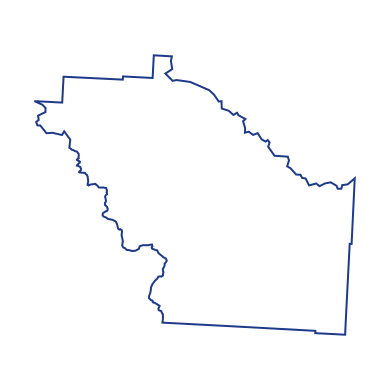 the district of Meagher, Montana, United States of America, rotated 3°
{"feature_id": "52423323B38602256292378", "entity_name": "Meagher", "entity_type": "district", "adm_level": 2, "iso_a3": "USA", "parent_name": "United States of America", "parent_adm1": "Montana", "projection": "natural_earth1", "projection_center": [-111.14, 46.636], "detail": "fine", "context": "isolated", "style": "outline", "palette": "blue", "viewbox_px": 384, "rotation_deg": 3, "n_neighbors": 0, "source": "geoboundaries", "source_scale": "gbopen_adm2", "svg_char_len": 3008}
<svg xmlns="http://www.w3.org/2000/svg" viewBox="0 0 384 384"><g transform="rotate(3 192 192)"><path d="M352.4,326.5L352.3,315.7L352.2,235.5L354.1,235.5L353.8,169.8L347.0,176.3L341.7,177.2L340.9,180.9L337.3,181.1L336.0,178.2L330.0,175.1L324.3,176.5L319.1,179.5L315.5,177.0L308.6,179.3L304.7,172.5L301.3,172.2L299.3,169.1L295.1,169.1L289.1,163.1L285.7,161.4L287.2,155.3L285.8,151.7L272.5,151.5L265.7,142.8L266.9,138.4L264.9,136.2L262.8,137.8L258.8,135.8L254.5,129.8L250.0,131.8L245.5,128.8L241.8,130.0L241.7,125.5L239.3,118.6L241.5,116.4L234.4,112.9L232.8,110.5L229.3,112.9L224.6,109.0L217.4,107.1L216.7,99.8L213.9,100.2L209.1,93.9L204.0,89.5L184.5,82.2L170.8,81.0L166.8,82.0L159.2,75.1L165.8,70.3L164.1,62.2L164.8,57.6L146.7,57.5L146.7,80.2L117.1,80.2L117.0,83.4L57.7,83.6L57.7,109.5L29.9,109.5L37.9,112.6L41.4,115.8L41.4,119.9L34.3,123.8L35.1,128.0L32.7,130.3L34.2,133.6L37.0,133.5L43.6,140.9L49.6,140.2L59.2,141.9L61.2,138.1L67.7,146.1L67.2,154.3L68.2,154.8L70.0,156.2L70.9,156.3L71.9,156.6L73.0,157.3L75.0,157.7L76.1,159.1L76.8,159.8L77.0,161.4L76.9,163.4L76.7,163.7L76.7,164.2L76.9,164.3L76.5,164.7L76.1,165.0L75.4,165.6L75.7,166.3L76.3,166.6L77.7,167.0L78.4,167.5L78.4,168.5L77.7,169.0L76.6,170.4L76.0,170.9L75.7,171.7L76.4,171.8L77.8,172.3L79.2,172.9L79.8,174.3L80.0,175.6L79.5,176.5L78.4,177.4L78.2,178.0L79.0,178.4L80.0,178.4L82.0,178.5L84.0,178.5L84.8,179.6L86.1,180.4L87.0,182.1L87.5,185.0L87.8,186.9L87.4,189.4L87.4,190.4L88.4,190.9L88.9,190.3L90.9,189.7L92.7,189.4L95.0,188.9L96.0,189.8L97.4,190.7L98.6,192.3L100.6,192.4L102.6,192.1L103.4,192.2L104.8,192.4L106.0,192.4L106.4,193.4L106.6,194.0L107.1,195.2L106.7,196.9L107.2,197.7L107.2,198.7L106.2,199.6L105.4,201.1L106.3,204.0L106.6,205.8L105.6,207.6L105.8,209.5L107.8,211.1L108.7,213.3L108.7,214.4L107.8,215.7L106.8,215.8L104.1,217.9L103.9,219.8L104.8,221.0L108.0,222.2L109.7,223.4L111.3,223.5L114.3,224.0L117.5,225.6L118.9,228.3L119.5,230.3L119.9,231.8L120.6,232.9L121.5,233.4L122.3,232.9L123.8,233.8L124.2,235.1L124.0,237.4L124.0,239.1L124.7,241.6L125.5,244.6L125.3,246.3L125.1,249.1L126.1,250.9L127.9,251.5L129.7,253.2L132.7,253.4L135.1,254.1L138.6,253.6L141.9,251.6L142.6,248.9L146.1,247.6L147.9,247.6L151.0,247.4L153.7,246.7L154.8,246.6L155.3,248.3L154.6,249.3L155.0,250.6L157.3,251.4L158.3,251.8L160.3,252.1L161.0,253.4L161.4,254.3L162.4,255.3L163.7,256.3L165.2,257.3L166.7,258.7L168.5,259.3L169.5,260.0L170.4,261.9L169.5,263.8L168.4,264.9L168.5,266.7L167.9,268.5L166.9,270.2L167.0,271.8L167.7,273.6L167.3,275.6L167.3,277.1L165.7,278.1L164.6,277.9L162.9,278.3L161.9,280.2L159.7,282.5L157.3,286.1L156.1,289.3L155.9,292.9L155.5,295.3L154.7,297.8L154.5,299.0L154.7,300.4L155.6,301.1L156.6,302.1L157.5,302.3L158.3,302.6L158.6,303.3L158.5,303.8L159.1,304.4L160.0,304.5L161.0,304.8L163.1,306.0L164.7,306.9L165.6,307.3L165.5,308.1L164.5,310.0L165.0,311.8L167.6,312.6L168.3,314.4L169.3,315.6L169.6,319.1L169.4,323.1L169.3,324.0L185.4,324.0L234.6,324.0L322.5,324.2L322.5,326.5L352.4,326.5Z" fill="none" stroke="#1e3a8a" stroke-width="2"/></g></svg>